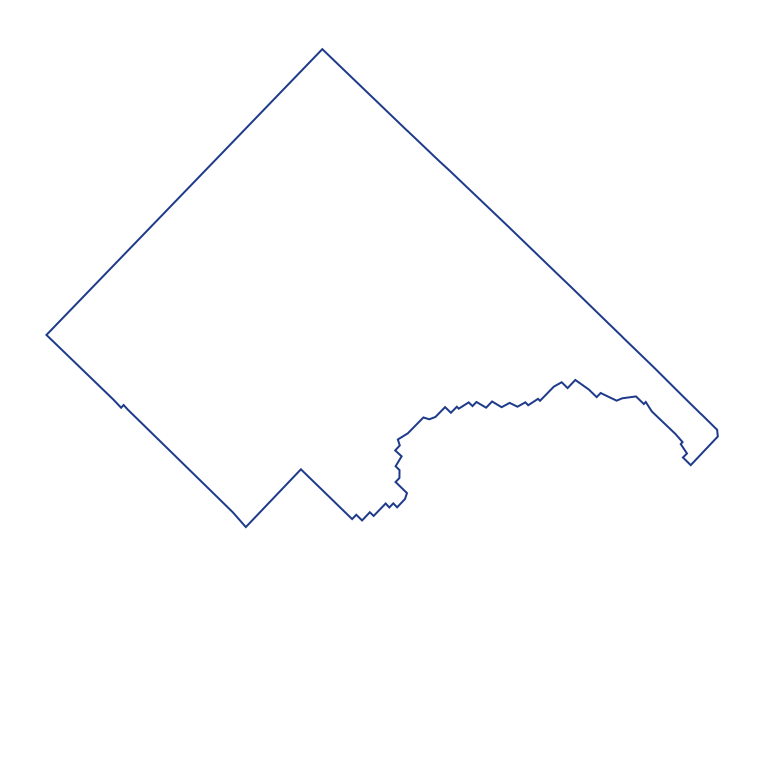 outline of Lassen, California, United States of America, rotated 314°
{"feature_id": "52423323B86430023400928", "entity_name": "Lassen", "entity_type": "district", "adm_level": 2, "iso_a3": "USA", "parent_name": "United States of America", "parent_adm1": "California", "projection": "natural_earth1", "projection_center": [-120.457, 40.446], "detail": "fine", "context": "isolated", "style": "outline", "palette": "blue", "viewbox_px": 768, "rotation_deg": 314, "n_neighbors": 0, "source": "geoboundaries", "source_scale": "gbopen_adm2", "svg_char_len": 1246}
<svg xmlns="http://www.w3.org/2000/svg" viewBox="0 0 768 768"><g transform="rotate(314 384 384)"><path d="M582.5,655.4L582.5,651.0L582.7,633.8L582.6,633.5L582.8,607.0L583.4,567.5L583.4,524.2L583.5,522.1L583.5,516.8L583.5,503.7L583.7,452.6L583.7,452.2L583.6,430.5L583.6,430.3L583.6,363.5L583.0,280.6L582.7,269.7L582.4,226.3L582.4,225.7L582.3,223.6L582.0,107.0L432.4,107.1L184.8,107.1L184.8,200.5L184.3,211.4L188.0,211.3L187.6,217.7L186.7,364.4L185.1,384.0L264.9,383.5L264.7,454.9L270.7,454.9L270.6,463.0L281.9,462.9L281.9,468.2L299.2,468.2L298.9,473.6L304.6,473.6L304.4,479.1L315.8,479.0L321.5,476.3L321.5,460.4L327.1,460.4L332.8,455.0L332.9,449.5L344.2,446.9L344.0,438.2L350.8,438.0L353.7,432.5L365.0,435.4L387.3,435.6L390.1,441.1L396.0,443.9L409.8,444.0L409.8,452.1L418.2,452.2L418.2,454.9L429.6,457.7L429.6,463.0L435.3,463.0L437.9,473.9L446.5,473.9L449.0,484.7L457.7,487.5L460.4,495.8L469.0,498.4L468.9,502.5L480.3,505.1L480.3,507.9L500.2,508.0L508.7,510.6L508.6,518.9L519.8,518.8L522.3,535.1L522.3,546.1L528.0,546.1L533.6,562.9L539.2,565.3L550.1,573.9L550.1,584.8L552.9,584.8L550.3,595.7L550.5,628.4L549.6,639.1L546.9,639.2L544.5,650.2L538.8,650.1L538.7,661.0L578.1,660.6L582.5,655.4Z" fill="none" stroke="#1e3a8a" stroke-width="2"/></g></svg>